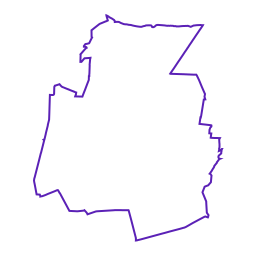 Topraisar, Constanta, Romania
{"feature_id": "2599482B45619773184208", "entity_name": "Topraisar", "entity_type": "district", "adm_level": 2, "iso_a3": "ROU", "parent_name": "Romania", "parent_adm1": "Constanta", "projection": "natural_earth1", "projection_center": [28.487, 44.028], "detail": "fine", "context": "isolated", "style": "outline", "palette": "violet", "viewbox_px": 256, "rotation_deg": 0, "n_neighbors": 0, "source": "geoboundaries", "source_scale": "gbopen_adm2", "svg_char_len": 5360}
<svg xmlns="http://www.w3.org/2000/svg" viewBox="0 0 256 256"><path d="M55.0,85.7L54.9,85.7L54.7,86.0L54.4,86.6L54.3,87.0L54.1,93.7L54.0,94.1L53.9,94.4L53.8,94.5L53.5,94.8L53.2,94.9L53.0,95.0L52.7,95.0L52.4,95.0L49.9,94.9L49.7,100.9L49.7,101.2L49.3,114.3L49.1,119.7L48.3,122.9L47.8,125.0L47.8,125.5L45.8,133.5L45.8,133.8L44.5,139.2L43.6,139.7L44.2,140.2L41.0,152.9L40.8,153.3L38.9,160.9L34.8,176.9L34.6,177.7L34.5,177.8L34.3,178.5L34.0,180.5L34.2,181.9L34.7,184.3L35.5,188.5L36.6,194.4L39.8,194.6L39.9,194.8L40.2,195.9L40.4,196.3L40.4,196.5L40.7,196.4L41.0,196.4L41.3,196.3L42.2,196.2L44.7,195.3L46.2,194.7L47.7,194.0L54.3,191.4L55.7,190.8L56.6,190.4L57.2,190.2L57.5,190.1L57.8,190.1L58.0,190.2L58.1,190.3L59.6,193.0L59.9,193.2L69.4,210.9L77.5,211.3L83.8,210.6L84.4,210.2L86.6,212.6L87.0,213.2L87.5,214.3L95.7,211.5L96.8,211.3L98.5,211.2L114.5,210.2L114.9,210.1L125.0,210.2L128.5,210.2L128.7,210.6L131.3,220.3L135.9,238.1L135.9,238.7L135.8,239.0L136.0,239.6L135.9,240.5L136.9,240.4L137.8,240.1L140.8,239.4L146.7,237.8L148.5,237.3L155.5,235.4L162.1,233.6L164.8,232.9L169.8,231.5L175.5,230.0L179.7,228.9L183.5,227.8L184.4,227.6L184.8,227.4L185.1,227.3L185.6,227.1L187.4,226.1L188.8,225.3L192.6,223.1L195.4,221.6L197.1,220.7L198.0,220.2L203.3,217.4L203.9,217.1L204.4,216.8L204.7,216.7L205.1,216.6L205.4,216.5L205.9,216.7L206.5,216.9L207.6,217.3L207.9,217.4L208.1,217.0L208.1,216.8L208.3,216.0L208.5,215.3L208.5,215.1L208.4,215.0L207.5,213.7L206.9,212.8L206.9,212.6L206.8,212.4L206.7,210.5L206.6,208.9L206.3,203.9L206.2,201.4L205.1,198.7L202.5,192.4L202.5,192.2L204.5,187.1L204.6,186.8L204.8,186.7L205.0,186.5L208.0,185.4L208.3,185.3L208.4,185.1L210.9,182.2L211.5,175.5L210.4,174.0L209.7,173.7L210.4,172.8L211.1,171.7L211.5,171.2L212.1,170.2L212.4,169.6L212.7,169.2L212.9,168.8L213.1,168.5L213.4,168.1L213.8,167.5L213.9,167.2L214.1,166.9L214.2,166.6L214.2,166.3L214.2,166.2L214.3,166.1L214.4,165.9L214.5,165.7L214.9,165.2L215.1,165.0L215.3,164.7L215.6,164.3L216.0,163.9L216.2,163.6L216.6,163.1L216.8,162.9L216.8,162.6L216.9,162.4L216.9,162.2L217.1,162.0L217.4,161.6L218.0,160.8L218.4,160.3L218.6,160.0L218.8,159.7L219.2,159.2L219.5,159.0L220.0,158.8L219.4,158.7L218.9,158.4L218.5,157.6L218.4,157.0L218.5,156.2L218.7,155.8L219.3,155.1L220.3,154.3L221.0,153.6L221.2,153.4L221.3,152.9L221.2,152.3L221.4,151.6L221.5,151.3L221.5,150.6L221.8,149.4L222.0,149.0L221.8,149.0L221.6,149.2L221.4,149.4L220.9,149.8L220.3,150.3L219.6,150.7L218.9,151.0L219.0,150.5L219.2,150.1L219.2,149.9L219.2,149.6L219.2,149.4L219.1,149.1L219.1,148.7L219.5,147.2L219.5,143.7L219.4,143.3L219.2,139.7L219.2,139.4L219.3,139.3L219.9,138.1L216.7,138.0L214.8,138.0L212.7,137.9L211.2,137.8L210.7,137.7L211.3,133.5L209.3,133.3L209.4,131.8L209.5,129.8L210.4,127.4L211.2,126.8L211.5,126.0L211.4,125.6L211.0,125.7L210.8,125.2L199.5,123.9L200.4,117.7L200.5,117.3L200.8,117.4L201.2,115.7L203.8,99.5L204.4,99.5L205.3,99.4L204.5,96.8L204.7,95.7L205.0,94.0L204.6,93.2L204.0,91.8L201.9,87.0L200.7,84.1L200.3,83.1L199.0,80.0L196.9,75.6L196.3,74.7L196.1,74.7L194.4,74.7L182.9,74.2L182.7,74.2L170.4,73.8L170.2,73.7L172.3,70.6L173.7,68.6L178.5,61.4L179.5,60.0L179.8,59.5L180.9,57.9L183.2,54.5L184.1,53.1L184.9,51.9L185.4,51.2L186.1,50.2L187.1,48.7L187.5,48.0L187.8,47.7L188.5,46.6L189.4,45.2L191.8,41.7L192.3,40.9L193.3,39.4L193.9,38.6L194.4,37.8L196.2,35.1L197.8,32.8L198.8,31.3L199.6,30.1L200.8,28.4L202.8,25.4L202.9,25.2L202.4,25.2L201.8,25.2L200.7,25.0L196.6,25.2L194.2,25.5L193.7,25.5L193.2,25.7L190.8,26.8L190.6,26.8L190.2,26.6L187.8,25.8L187.5,25.9L183.9,26.0L181.9,26.1L181.0,26.2L178.9,26.4L176.3,26.4L175.7,26.1L174.6,26.1L174.1,26.1L173.7,26.1L173.0,25.8L171.6,25.8L171.0,25.7L170.5,25.7L169.7,25.8L169.2,25.8L168.2,25.7L167.9,25.7L167.5,25.8L167.3,25.8L166.4,25.7L164.5,25.4L163.0,25.3L162.0,25.2L157.9,24.9L157.1,25.0L156.5,25.1L156.3,25.2L155.8,25.5L155.2,26.1L154.6,26.6L154.0,26.9L153.7,27.1L153.2,27.1L152.4,27.1L152.1,27.0L152.0,26.6L151.8,26.2L151.4,25.7L151.2,25.5L150.9,25.4L149.4,25.3L146.6,25.4L146.1,25.4L145.6,25.6L144.9,25.9L143.7,26.1L142.7,26.4L142.1,26.6L141.5,26.8L141.2,26.8L140.6,26.8L139.5,26.7L137.9,26.5L136.6,26.3L134.0,25.8L132.7,25.5L132.2,25.4L131.8,25.2L131.4,25.1L130.1,24.9L129.3,24.9L128.7,24.8L127.9,24.6L126.9,24.4L126.3,24.3L125.3,24.3L124.5,24.2L123.8,24.1L123.0,23.8L122.0,23.4L120.9,23.0L119.8,22.4L119.4,22.2L119.0,22.0L118.4,21.9L116.1,21.9L114.8,22.0L114.8,21.6L114.8,21.1L114.6,21.0L114.2,20.1L112.0,18.6L109.3,17.2L108.5,16.5L107.3,15.8L106.4,15.4L106.4,15.6L107.8,20.5L106.4,21.2L106.0,21.3L105.9,21.3L105.7,21.4L100.1,23.7L99.5,24.0L99.1,24.3L98.2,25.0L94.5,27.9L91.5,30.3L91.6,37.0L92.1,37.4L90.9,39.7L89.3,43.0L89.0,43.3L88.2,43.5L87.0,43.8L85.7,44.0L85.4,44.2L85.1,44.4L84.9,44.5L84.7,44.9L84.5,45.4L84.4,45.5L83.9,46.0L83.9,46.7L85.3,46.8L85.7,46.9L86.0,47.0L86.6,47.5L86.6,47.8L86.4,47.8L86.2,47.9L86.1,48.0L85.4,48.8L84.9,49.3L83.9,50.4L82.8,51.7L81.9,52.7L81.0,53.8L80.8,53.9L80.5,54.3L80.4,54.4L80.4,54.5L80.5,54.7L80.6,55.0L80.4,61.9L81.4,61.9L81.5,61.8L84.3,58.5L84.5,58.3L90.0,57.9L90.5,57.8L90.5,58.0L90.2,58.5L89.6,64.9L89.7,65.4L89.4,73.7L89.3,74.1L89.3,75.9L89.1,75.9L88.9,76.0L88.8,79.9L87.1,84.3L85.1,89.6L83.5,93.6L82.4,96.6L75.2,96.4L75.6,95.2L75.9,94.6L76.2,92.5L75.8,92.4L62.4,87.0L61.7,86.6L60.5,85.4L59.5,84.2L59.2,84.3L58.4,84.6L55.9,85.4L55.5,85.5L55.3,85.7L55.2,85.7L55.0,85.7Z" fill="none" stroke="#5b21b6" stroke-width="2"/></svg>